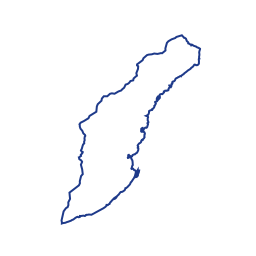 outline of Tafunsak, Kosrae, Federated States of Micronesia, rotated 160°
{"feature_id": "79324940B50347323269850", "entity_name": "Tafunsak", "entity_type": "district", "adm_level": 2, "iso_a3": "FSM", "parent_name": "Federated States of Micronesia", "parent_adm1": "Kosrae", "projection": "orthographic", "projection_center": [162.944, 5.328], "detail": "fine", "context": "isolated", "style": "outline", "palette": "blue", "viewbox_px": 256, "rotation_deg": 160, "n_neighbors": 0, "source": "geoboundaries", "source_scale": "gbopen_adm2", "svg_char_len": 5699}
<svg xmlns="http://www.w3.org/2000/svg" viewBox="0 0 256 256"><g transform="rotate(160 128 128)"><path d="M222.8,60.9L221.6,60.9L221.3,60.8L219.3,60.4L217.1,60.5L216.8,60.4L214.4,60.4L213.3,60.4L212.1,60.7L210.8,60.7L209.4,61.1L208.3,61.5L206.8,61.8L205.8,61.8L204.9,61.0L203.9,60.9L203.5,61.0L203.4,61.6L203.3,61.8L202.3,61.4L199.9,60.9L198.7,60.1L198.1,60.1L197.8,60.4L197.5,60.6L196.9,60.5L196.6,60.6L195.4,60.2L194.4,60.1L192.0,59.0L179.9,60.8L178.6,61.0L176.2,61.6L174.4,62.6L175.2,63.3L174.1,63.0L173.8,62.5L173.2,62.5L172.3,62.9L171.8,63.0L171.4,62.9L170.8,63.6L169.9,64.3L169.3,64.6L169.0,64.6L168.2,65.2L165.0,66.8L163.8,67.1L163.9,66.9L164.9,66.3L165.0,66.0L164.9,66.0L164.5,66.0L163.3,66.4L162.8,66.7L161.6,67.7L160.4,68.3L159.7,68.5L157.3,70.1L156.8,70.3L156.3,70.3L156.0,70.1L155.0,70.0L152.7,70.6L152.3,70.8L151.3,71.8L151.1,72.3L150.5,72.3L150.2,72.2L149.9,72.4L148.9,72.6L147.1,73.6L146.7,73.7L145.8,74.2L145.0,74.8L144.0,76.0L143.5,76.1L142.7,76.6L140.3,78.4L139.4,79.0L139.0,79.5L137.1,79.1L136.4,79.1L135.0,79.9L134.4,81.3L134.5,81.7L134.2,81.8L133.9,81.7L132.9,82.8L132.1,84.2L132.4,84.3L133.6,83.3L133.8,83.5L133.2,85.2L134.4,84.2L136.4,81.3L137.2,80.5L137.8,80.7L136.2,83.0L135.4,84.5L135.6,85.2L135.9,85.9L136.6,86.3L136.7,86.6L137.1,88.0L137.5,88.3L138.5,88.2L138.7,88.5L138.7,88.8L138.0,89.4L137.2,90.7L136.6,91.3L136.3,91.4L136.1,91.6L136.0,92.2L135.3,94.5L135.0,96.0L135.0,96.4L135.3,97.2L135.2,98.2L135.5,99.2L135.7,99.4L135.8,99.7L136.1,100.0L136.5,100.1L137.7,99.8L138.3,99.9L138.3,100.3L137.3,101.3L137.3,101.9L137.1,102.4L136.8,102.5L136.4,102.5L136.2,101.8L135.7,101.1L134.6,100.0L133.8,100.0L133.2,100.8L132.8,101.0L130.9,101.1L130.6,100.9L129.2,101.5L128.5,101.5L127.9,101.8L127.2,102.4L126.1,103.5L125.3,105.0L125.3,105.4L125.5,105.6L125.7,106.0L125.5,106.3L125.1,106.5L124.8,106.8L125.0,108.1L124.7,108.5L123.0,109.6L121.4,109.9L120.7,110.2L120.4,110.5L120.3,110.8L120.0,111.3L119.0,112.1L118.8,112.1L118.7,111.6L118.4,111.6L118.2,111.7L117.7,112.4L117.3,112.5L116.5,112.9L115.5,113.8L115.5,114.7L115.1,115.2L115.0,115.7L114.9,116.0L114.1,116.7L114.0,118.2L114.8,119.8L115.2,119.9L115.7,119.6L116.2,119.6L116.7,120.0L116.8,120.6L116.4,121.3L115.9,121.3L115.8,121.1L115.7,121.0L115.2,121.0L115.3,121.8L115.9,121.8L116.0,122.4L115.7,122.8L114.8,123.1L114.2,123.1L114.1,122.5L114.5,122.1L114.2,121.5L114.3,120.7L113.2,121.8L111.8,122.4L111.3,122.4L110.5,121.9L109.6,122.4L108.8,123.6L108.0,124.5L108.0,125.3L108.1,125.6L108.1,125.9L108.0,126.0L107.2,126.0L106.8,126.5L106.8,127.8L106.9,128.1L106.9,128.4L106.1,130.5L105.5,131.1L105.4,131.5L105.4,131.8L105.5,132.4L106.1,132.9L106.5,132.9L106.8,133.2L105.9,133.2L105.3,133.5L104.7,133.5L103.7,134.3L103.0,135.3L102.6,136.3L102.4,136.7L101.5,136.9L99.9,136.9L99.1,136.7L99.0,136.8L99.3,137.1L99.1,137.4L98.1,137.6L97.3,137.9L96.5,138.4L95.9,139.0L95.8,139.6L95.7,139.8L95.3,139.8L93.5,141.4L93.5,142.0L93.7,142.4L93.7,142.9L93.5,143.3L93.2,143.3L93.2,143.1L92.9,143.0L92.6,143.2L91.6,143.2L91.3,143.4L91.1,143.7L91.2,145.1L91.0,145.6L90.4,146.4L89.1,147.4L88.8,147.4L88.8,147.1L89.5,146.2L89.5,145.3L89.9,145.1L90.4,145.0L90.6,145.1L90.8,144.7L90.5,144.0L87.9,145.3L87.6,145.8L87.3,146.8L87.5,147.5L86.7,148.5L86.2,148.6L85.8,148.5L85.4,148.6L84.8,148.5L84.3,148.1L84.0,148.1L82.8,148.8L82.0,149.1L81.9,149.8L81.8,150.1L81.4,150.1L81.1,150.0L80.3,150.4L79.1,149.8L78.7,149.9L78.4,149.7L77.2,149.7L76.8,150.2L76.8,150.5L76.0,151.4L75.6,151.7L74.7,151.8L74.4,152.6L74.7,154.0L74.4,154.6L74.5,153.7L74.4,153.4L74.1,152.6L74.0,151.9L73.8,151.7L73.1,152.2L72.8,152.8L72.4,153.5L72.4,153.8L72.1,154.4L71.8,154.5L71.3,154.4L70.8,155.0L70.7,155.3L70.8,155.9L70.7,156.0L69.9,156.3L68.8,156.2L68.1,156.4L67.4,156.9L66.7,157.8L65.6,158.3L64.2,158.3L63.6,158.6L62.5,158.6L61.5,158.9L60.6,158.8L60.4,158.5L59.6,159.1L58.8,159.2L58.2,159.5L57.4,159.5L56.5,160.1L54.8,160.6L54.4,160.7L51.6,161.7L50.4,161.9L48.9,162.3L48.2,162.8L45.9,163.5L44.0,164.8L43.7,164.8L43.3,164.6L42.5,163.7L42.1,163.7L41.6,163.4L40.5,163.5L39.4,164.2L38.4,166.7L38.1,168.1L37.7,168.8L37.2,168.8L37.2,169.6L36.9,170.5L36.6,171.1L36.3,171.5L35.7,172.8L35.3,174.6L34.8,175.5L33.3,177.5L33.2,177.8L33.6,178.4L34.1,178.9L34.2,179.1L34.5,179.4L34.7,179.5L35.6,180.3L36.2,181.3L36.6,181.5L37.1,182.0L37.7,182.4L38.3,183.0L39.2,184.3L39.9,184.5L40.0,184.0L40.3,184.0L40.3,184.9L40.7,185.0L41.9,186.4L42.0,186.6L42.4,186.9L42.1,187.3L42.1,187.7L42.2,188.1L43.0,189.6L43.0,192.1L43.9,193.4L44.4,193.5L44.6,194.1L45.0,195.0L45.3,195.8L45.6,196.1L45.7,196.7L51.4,197.0L52.8,196.4L56.7,196.4L60.4,195.7L62.3,194.7L65.6,190.1L66.3,188.0L70.4,186.6L71.4,187.1L74.9,187.5L77.9,189.0L80.4,189.1L83.5,189.9L85.2,190.0L89.6,188.3L91.1,186.7L97.7,184.7L98.1,183.7L97.4,182.8L97.3,182.5L98.4,180.1L101.4,176.7L101.7,174.1L103.1,173.7L105.8,172.6L106.8,171.0L109.6,171.3L111.4,170.1L113.2,169.5L115.4,169.6L117.8,167.2L120.3,166.3L121.5,165.6L124.5,165.6L128.9,164.8L131.3,166.1L133.2,166.3L136.6,164.9L139.9,166.1L142.5,164.6L143.6,162.7L148.3,160.7L149.9,158.9L152.2,154.1L160.0,152.5L161.8,150.7L167.2,149.6L170.7,149.2L172.3,148.1L172.2,147.7L172.8,145.8L172.9,143.7L171.9,141.0L171.8,138.2L170.8,136.3L170.8,135.2L171.7,134.5L172.6,132.8L172.8,131.5L174.0,130.0L174.4,128.5L175.8,127.9L176.8,126.7L178.5,124.3L179.9,123.0L179.6,121.6L178.8,121.1L179.0,120.4L180.5,119.4L181.5,119.0L181.7,117.8L182.4,117.7L183.6,117.2L183.8,117.0L184.2,117.1L184.4,115.4L183.1,113.6L182.7,112.2L182.7,111.9L184.8,109.6L185.2,104.9L186.3,100.1L188.4,99.0L189.4,97.6L191.5,94.5L192.1,92.5L193.7,90.9L205.1,87.3L205.8,84.7L206.7,81.2L209.5,78.6L210.4,75.9L211.9,74.2L212.6,74.2L213.9,73.8L217.0,71.7L222.1,63.8L222.4,61.9L222.8,60.9Z" fill="none" stroke="#1e3a8a" stroke-width="2"/></g></svg>